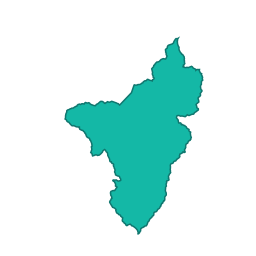 Contumaza, Cajamarca, Peru (Albers equal-area conic projection), rotated 105°
{"feature_id": "86281439B42243270473185", "entity_name": "Contumaza", "entity_type": "district", "adm_level": 2, "iso_a3": "PER", "parent_name": "Peru", "parent_adm1": "Cajamarca", "projection": "albers", "projection_center": [-78.994, -7.42], "detail": "fine", "context": "isolated", "style": "filled", "palette": "teal", "viewbox_px": 256, "rotation_deg": 105, "n_neighbors": 0, "source": "geoboundaries", "source_scale": "gbopen_adm2", "svg_char_len": 5773}
<svg xmlns="http://www.w3.org/2000/svg" viewBox="0 0 256 256"><g transform="rotate(105 128 128)"><path d="M140.1,181.5L139.7,181.1L139.7,180.8L140.2,178.5L140.2,177.9L140.0,177.4L140.0,176.2L139.6,175.5L139.7,175.1L140.6,175.0L141.7,174.2L142.1,172.3L142.1,170.8L142.8,170.1L143.2,168.9L144.1,168.4L144.3,167.7L144.7,167.5L145.5,166.7L146.3,166.4L147.5,165.0L148.0,162.6L148.9,161.9L149.4,161.7L149.8,160.9L152.4,159.0L154.9,158.0L155.5,158.5L155.8,158.5L156.6,158.0L158.1,157.4L161.4,157.6L161.8,156.4L164.1,155.0L163.4,153.7L163.0,153.4L162.4,152.4L162.1,151.3L162.4,150.3L161.5,148.6L159.7,147.4L158.0,146.5L156.4,146.3L154.8,145.0L155.4,143.9L156.6,142.9L157.1,141.6L158.9,140.7L159.8,140.4L162.6,137.9L164.2,137.2L165.0,136.7L165.2,136.1L165.0,135.4L165.7,135.0L166.4,134.2L166.4,133.1L166.7,132.6L167.4,132.3L168.1,132.4L168.9,131.9L169.4,131.3L170.5,130.8L170.7,130.4L172.0,129.6L173.9,129.6L175.3,128.4L176.5,127.9L177.0,125.7L176.9,124.3L177.1,123.7L178.2,123.0L179.0,122.0L180.1,121.5L180.5,121.5L180.9,121.9L181.7,123.5L181.8,124.0L181.2,125.9L181.7,127.1L182.0,128.8L182.4,129.0L182.8,129.0L183.1,128.5L183.5,127.0L184.2,126.7L184.8,125.9L186.4,125.1L187.0,125.2L187.3,125.1L187.9,123.3L191.9,124.7L192.3,126.3L193.7,128.1L194.8,128.2L195.7,128.0L196.1,127.6L196.9,127.5L197.7,127.0L198.1,126.4L199.1,125.7L199.6,125.7L200.2,125.3L201.0,126.0L202.0,125.9L202.7,126.4L203.5,126.4L204.0,126.6L204.6,126.4L207.6,123.4L207.9,122.9L208.6,122.4L208.8,120.3L209.8,118.5L210.9,118.4L212.7,117.2L213.1,116.6L213.3,115.4L214.0,114.6L214.2,112.7L215.1,112.2L216.1,109.9L218.8,109.6L219.6,109.1L220.1,107.7L220.9,107.0L221.2,105.7L222.2,105.0L222.6,104.1L222.4,103.5L221.7,103.1L220.3,101.1L220.6,100.3L221.5,99.1L221.4,98.2L222.1,96.1L222.9,94.4L224.2,92.5L226.3,91.1L227.6,91.0L227.5,90.5L226.3,89.8L224.6,89.5L224.2,89.2L222.0,89.6L220.8,88.7L220.1,87.7L219.3,87.2L219.2,86.8L218.2,86.2L217.8,85.1L217.5,84.9L215.7,84.5L214.7,84.5L213.8,84.5L212.3,83.6L210.7,83.5L209.2,82.7L208.2,81.9L207.3,81.8L206.6,81.5L206.2,80.9L205.4,80.6L203.5,81.0L203.1,81.0L202.5,80.7L201.5,79.1L200.7,78.6L198.9,78.2L197.6,77.0L196.9,76.7L196.2,76.7L195.1,76.1L194.3,76.4L193.6,75.9L192.3,76.0L191.6,75.1L190.9,75.3L189.6,74.4L189.0,74.7L188.2,73.9L187.3,74.0L185.8,74.5L184.9,74.6L182.8,73.7L181.7,74.0L180.5,74.5L180.1,75.0L178.3,75.9L177.4,75.9L175.4,76.4L174.2,75.9L172.3,76.7L171.1,76.5L169.9,76.7L169.6,77.0L168.8,76.7L168.6,76.0L167.8,75.1L167.0,75.1L166.6,75.3L166.1,76.0L165.3,75.9L164.4,76.4L163.9,76.5L163.1,76.2L161.9,76.1L160.5,75.4L159.8,75.3L159.1,75.8L157.8,76.1L157.3,76.5L156.1,76.6L154.3,77.0L153.6,77.4L152.1,77.5L151.0,76.7L150.6,75.7L149.8,75.3L148.9,75.2L148.0,74.6L147.8,73.9L147.3,73.3L146.7,73.2L146.2,72.9L145.6,72.8L145.1,72.2L144.7,72.0L143.7,71.1L142.3,70.5L141.6,71.1L140.8,71.0L139.9,71.2L138.3,69.3L136.8,68.7L136.7,68.3L137.2,67.6L136.7,66.7L136.1,66.7L135.4,67.3L134.4,67.8L133.5,67.6L133.1,67.3L132.5,67.4L131.7,67.2L130.8,67.6L128.8,67.8L127.6,67.0L127.3,66.5L125.0,66.2L123.8,64.8L123.1,64.8L122.6,64.4L121.9,64.6L120.8,64.4L119.4,65.4L117.0,66.4L115.8,66.4L115.7,66.5L115.8,66.9L115.1,68.2L114.6,68.6L113.6,68.7L113.0,71.0L111.7,72.2L111.4,73.1L111.4,73.4L110.9,73.9L111.1,75.0L110.5,76.1L110.9,76.7L111.0,77.2L110.5,77.7L109.8,77.9L109.5,78.8L110.0,80.0L109.9,80.4L107.1,81.8L105.9,83.6L105.3,83.9L103.6,83.9L103.0,83.0L102.7,82.0L103.0,80.5L102.4,78.8L102.3,75.7L100.7,74.5L99.9,74.2L100.2,72.7L100.0,71.9L99.2,71.1L98.2,69.7L97.6,68.2L96.2,67.8L95.1,67.0L94.1,65.9L93.2,65.7L92.9,65.1L92.5,64.8L91.5,64.9L91.1,65.2L90.6,66.8L89.3,67.2L87.8,68.3L87.1,68.1L84.5,66.3L82.8,67.0L82.2,67.5L81.1,68.0L80.6,68.0L80.2,67.9L78.9,66.8L77.7,66.4L77.2,66.5L76.2,67.2L73.1,66.1L72.4,66.5L72.2,67.1L71.6,67.7L69.3,68.7L67.6,68.8L67.0,68.4L64.1,69.1L63.7,69.0L62.4,68.2L61.2,69.0L59.6,69.1L59.1,69.7L58.2,70.1L57.5,71.0L56.5,70.9L56.1,72.4L54.1,74.0L53.0,74.1L53.4,75.3L53.6,76.4L53.9,76.9L54.7,77.4L54.0,77.7L53.6,78.4L53.3,80.4L52.3,81.6L52.0,82.6L54.1,85.5L54.1,86.8L54.6,87.4L54.9,88.6L54.6,90.7L54.3,90.6L53.6,90.2L53.0,90.8L52.7,90.8L52.1,90.2L51.1,89.8L49.6,90.7L48.7,90.7L47.7,91.4L46.5,91.4L45.6,91.9L44.8,92.1L42.9,94.2L42.8,95.3L42.1,95.7L41.9,96.3L40.9,97.5L39.4,98.8L38.0,99.4L36.8,99.6L36.0,100.5L34.8,101.4L33.3,102.2L31.8,102.6L31.5,103.0L31.1,103.1L30.3,102.8L29.6,103.1L28.4,102.8L29.0,103.4L29.2,104.7L30.0,105.2L32.5,106.0L34.2,106.1L35.4,107.1L37.6,110.4L38.1,110.7L39.0,111.0L40.7,110.8L41.1,111.2L42.4,112.1L43.3,111.9L43.9,111.4L44.8,111.4L45.9,110.3L46.6,110.4L47.6,109.8L48.4,108.9L51.1,109.3L51.5,109.5L51.8,110.0L51.8,111.4L52.0,112.1L53.3,113.8L55.2,114.8L55.9,115.3L56.7,116.7L56.8,117.2L58.5,118.2L60.4,118.8L60.8,119.3L62.3,119.2L64.3,120.3L64.7,120.4L68.0,118.6L69.1,118.6L70.2,118.2L71.1,117.2L72.4,116.9L72.8,115.9L73.4,115.6L74.4,115.9L74.9,116.7L76.3,116.8L76.1,117.7L76.3,119.2L75.9,120.9L76.0,121.9L77.6,122.7L78.1,124.0L78.4,124.3L79.5,125.2L80.6,125.4L81.1,126.3L81.9,126.8L82.8,127.6L83.5,129.7L84.2,130.4L84.7,132.0L84.7,133.1L85.6,133.3L93.0,133.8L108.0,142.0L107.0,143.8L107.1,144.6L106.8,145.7L106.4,150.6L108.0,152.6L107.9,154.7L109.0,155.4L109.5,156.1L110.2,156.5L110.2,157.2L109.6,157.8L109.0,159.4L109.1,160.5L109.5,161.5L112.4,163.4L113.3,164.6L114.9,165.3L115.0,165.5L115.1,167.1L114.8,170.0L114.6,170.7L113.9,171.6L113.7,172.4L114.3,173.4L114.5,174.4L114.3,175.5L115.1,176.3L116.1,176.5L116.4,178.6L116.7,179.1L117.6,179.8L117.4,180.8L118.2,182.3L119.3,183.0L120.2,183.1L120.6,184.0L121.2,184.4L121.5,185.0L122.9,186.0L123.4,187.5L124.0,188.0L124.4,188.8L125.3,189.6L126.3,191.1L127.2,191.6L128.5,191.3L130.3,191.6L132.3,191.5L134.3,191.0L135.6,191.1L136.0,189.7L137.1,188.9L137.7,187.9L137.7,187.2L137.8,186.6L139.5,184.3L140.3,182.7L140.1,181.5Z" fill="#14b8a6" stroke="#0f766e" stroke-width="1.5"/></g></svg>